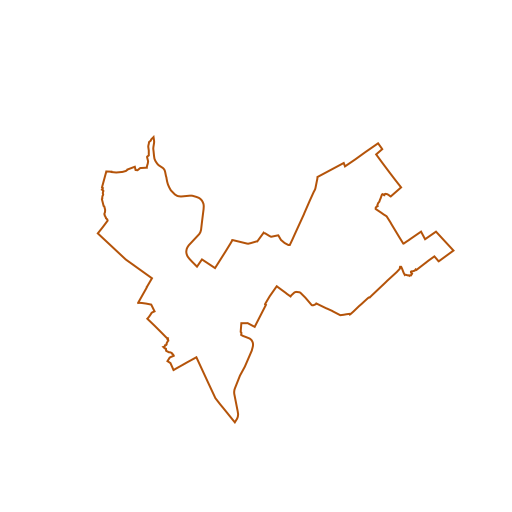 the district of Cogealac, Constanta, Romania, rotated 118°
{"feature_id": "2599482B50203536689618", "entity_name": "Cogealac", "entity_type": "district", "adm_level": 2, "iso_a3": "ROU", "parent_name": "Romania", "parent_adm1": "Constanta", "projection": "natural_earth1", "projection_center": [28.518, 44.563], "detail": "fine", "context": "isolated", "style": "outline", "palette": "amber", "viewbox_px": 512, "rotation_deg": 118, "n_neighbors": 0, "source": "geoboundaries", "source_scale": "gbopen_adm2", "svg_char_len": 6051}
<svg xmlns="http://www.w3.org/2000/svg" viewBox="0 0 512 512"><g transform="rotate(118 256 256)"><path d="M406.9,210.5L411.0,200.9L412.8,196.6L409.6,196.4L408.8,196.3L408.1,196.4L407.5,196.4L406.1,196.7L405.4,197.0L404.3,197.4L403.4,198.0L401.8,199.2L387.9,210.5L387.1,211.0L386.2,211.5L385.4,211.8L384.4,212.2L382.6,212.5L369.2,214.0L368.0,214.0L359.0,213.9L343.0,215.2L341.6,215.3L340.4,215.6L338.6,216.0L337.1,216.4L336.1,216.8L335.5,217.1L334.7,217.6L334.1,218.1L333.7,218.5L333.1,219.3L332.5,220.2L332.3,220.7L332.1,221.5L331.9,222.3L331.9,223.3L332.3,227.0L332.7,230.0L332.7,230.8L332.6,232.1L332.2,232.2L330.6,232.9L330.5,233.0L330.2,233.9L322.2,237.4L319.2,231.8L319.2,223.9L294.5,224.3L294.4,225.3L294.0,225.4L289.4,225.2L285.1,225.0L273.0,223.5L274.6,212.5L274.7,212.0L274.9,211.1L275.5,206.5L274.3,206.4L274.0,206.3L270.3,205.0L269.7,204.6L269.3,204.2L268.8,203.6L267.7,200.8L267.6,200.4L267.6,199.7L267.7,199.2L269.6,192.9L273.0,184.3L273.2,183.6L273.1,183.2L272.5,182.2L271.3,181.2L270.5,180.6L269.6,180.5L269.2,169.1L269.1,168.8L268.7,162.8L268.8,162.7L268.7,153.8L266.8,151.1L264.9,148.7L263.2,146.3L263.0,145.9L263.5,145.6L263.3,145.4L259.3,143.9L251.9,141.5L248.6,140.2L245.7,139.2L241.2,137.6L240.2,137.2L239.4,136.7L239.2,136.4L239.2,136.1L238.5,135.9L236.3,135.2L219.1,129.4L215.9,128.4L206.4,125.0L204.1,124.2L200.4,123.2L199.9,123.1L199.2,123.1L198.7,123.5L197.9,123.7L197.5,123.0L197.4,122.8L197.5,122.6L198.7,121.0L201.5,117.8L202.9,115.7L202.5,115.5L202.2,114.8L202.2,114.5L202.1,114.2L202.0,113.7L201.9,113.1L201.8,112.7L201.4,112.2L201.3,111.8L201.5,111.3L200.8,111.0L200.7,110.8L200.5,110.1L200.1,110.0L199.9,110.1L199.4,110.0L198.9,110.0L198.7,109.9L198.3,109.9L197.9,111.3L197.4,111.7L197.1,111.8L196.6,111.6L195.9,110.4L195.2,109.8L194.5,109.0L192.8,108.7L193.0,107.8L189.2,106.1L178.8,101.4L172.6,98.3L173.7,95.4L174.7,92.9L175.0,92.3L175.0,92.2L158.5,84.2L150.0,108.5L161.8,114.6L157.0,121.7L168.9,127.9L169.4,128.1L169.6,128.3L170.0,128.4L172.7,129.9L173.7,130.4L175.6,131.4L175.8,131.5L175.9,131.8L172.3,138.0L164.1,151.7L163.6,152.4L162.6,154.1L159.8,159.0L159.6,159.5L159.5,160.9L159.4,162.7L159.0,165.6L158.3,172.4L157.4,172.9L156.8,173.0L156.3,172.8L155.0,172.1L154.8,172.0L154.5,172.5L154.3,172.7L153.3,172.8L152.0,173.0L150.2,172.6L147.8,173.0L146.9,173.0L143.1,173.6L142.7,173.6L142.0,173.4L141.9,173.2L141.9,172.7L142.2,171.5L142.1,171.2L141.2,171.4L140.8,171.3L140.3,170.8L139.9,169.4L139.8,168.8L139.9,167.3L140.2,165.5L140.2,165.0L127.3,160.1L123.5,168.7L119.7,177.0L114.2,188.7L109.9,197.6L102.4,194.7L101.6,196.2L99.2,201.1L112.7,208.1L124.1,213.7L135.1,219.5L132.7,222.2L157.1,238.6L157.3,238.8L159.6,237.9L160.1,237.8L168.1,235.4L169.5,235.1L171.6,235.1L172.5,235.1L181.9,234.5L195.9,233.4L196.4,233.3L218.4,232.0L224.3,231.6L228.7,231.4L229.9,231.4L230.3,231.3L230.6,231.7L230.8,232.0L231.0,232.4L231.1,232.8L231.1,236.6L231.0,237.3L230.1,241.5L227.3,246.0L227.8,246.7L231.8,251.5L232.0,252.1L232.0,252.5L232.0,253.7L231.7,258.6L231.8,258.9L232.0,259.3L232.0,259.5L232.0,260.0L231.9,260.2L232.6,260.3L242.4,261.7L242.4,261.9L247.2,266.8L248.5,268.3L248.8,268.6L249.2,269.6L252.9,284.1L253.2,284.5L253.8,284.3L256.6,284.4L266.2,285.0L285.9,286.5L284.4,302.1L293.1,303.1L291.2,309.3L289.9,313.1L289.3,314.5L288.7,315.8L288.0,316.9L287.0,318.0L286.0,318.9L284.9,319.6L283.6,320.1L282.2,320.5L280.9,320.6L280.2,320.6L278.1,320.4L263.3,316.4L261.2,316.3L260.1,316.5L258.7,316.8L249.7,320.3L239.2,324.3L236.8,325.4L235.8,326.0L234.7,326.8L234.0,327.6L233.2,328.6L232.5,329.7L232.2,330.4L231.7,332.0L231.5,333.8L231.6,334.6L231.8,336.3L232.5,339.7L232.7,340.5L233.0,341.3L233.9,342.9L238.4,349.7L238.9,350.6L239.2,351.5L239.6,352.5L239.8,353.3L239.9,354.2L239.8,355.4L239.8,355.9L239.7,356.6L239.4,357.6L238.0,362.0L237.3,363.1L236.1,364.9L234.2,367.3L233.4,368.1L231.9,369.5L229.9,371.1L228.7,372.0L227.7,373.0L224.3,375.8L223.3,376.8L223.0,377.2L222.6,378.0L222.4,378.3L222.2,378.9L222.0,379.7L221.6,384.1L221.4,385.1L221.2,385.7L220.8,386.7L219.8,388.6L219.2,389.6L218.8,390.1L217.8,391.3L217.3,391.7L215.4,393.1L211.8,395.5L209.5,397.1L209.2,397.2L208.1,397.7L204.0,399.1L202.9,399.6L202.1,400.1L199.1,402.3L202.1,403.2L202.9,403.2L203.4,403.1L203.6,403.1L205.5,403.9L206.0,403.8L207.3,403.3L208.7,403.0L210.0,402.5L210.6,402.1L213.2,400.2L216.0,398.7L217.5,397.9L217.9,398.0L218.9,398.6L219.4,398.7L219.7,398.7L222.4,396.3L223.1,395.7L225.4,394.9L226.7,394.7L229.0,394.1L229.3,393.9L229.4,394.1L232.7,399.5L235.9,400.9L236.6,402.7L234.1,404.9L239.9,410.0L240.0,409.9L242.0,410.8L244.4,413.3L247.9,418.6L249.7,423.0L249.4,423.2L249.9,424.2L250.1,424.6L251.6,427.8L251.9,427.7L251.9,427.8L267.7,424.2L267.9,423.1L269.7,423.2L269.7,422.8L269.7,422.6L269.9,422.3L269.8,422.0L270.1,421.8L270.1,421.6L270.2,421.3L270.7,421.2L271.3,421.1L272.4,420.8L273.3,419.9L273.9,419.7L275.1,419.7L276.6,419.2L277.2,418.8L277.5,418.7L278.1,418.8L283.4,414.0L283.5,413.2L285.8,411.1L286.8,410.5L288.3,409.9L289.9,409.7L290.3,409.5L290.5,409.1L291.4,408.5L291.8,407.6L292.3,407.1L292.6,406.5L293.1,406.2L293.5,404.5L294.3,403.8L294.5,403.6L302.8,404.9L310.3,406.3L320.2,369.5L320.3,368.9L324.5,337.4L334.2,337.8L334.6,337.9L334.8,337.7L336.8,337.7L352.7,338.1L352.8,338.0L352.5,337.6L351.8,336.4L351.0,334.5L349.6,330.7L348.1,325.7L352.5,319.6L354.2,320.9L355.0,321.4L355.4,321.5L357.1,321.6L359.7,321.9L361.3,322.2L362.4,322.5L362.6,321.9L363.4,319.0L365.2,312.7L368.1,303.2L369.9,297.5L370.1,296.8L370.2,296.1L370.0,295.2L370.6,295.1L370.8,295.4L371.0,295.2L370.7,294.7L371.9,293.7L372.3,293.9L374.0,293.9L375.2,293.9L375.7,293.6L376.1,293.4L376.9,293.6L377.2,293.8L377.4,294.3L377.5,294.4L378.3,294.2L379.0,294.3L379.8,295.1L380.4,293.2L380.1,292.5L380.2,291.9L381.7,291.0L381.8,290.7L382.0,290.5L381.8,289.3L382.0,288.1L381.3,286.4L381.2,284.8L381.6,284.4L381.8,283.8L381.8,283.2L382.1,282.6L382.7,281.8L383.9,282.7L384.5,283.3L386.2,284.5L390.4,284.8L390.7,281.3L393.5,277.7L395.4,275.3L382.4,267.0L373.4,261.1L390.6,238.4L400.6,225.1L403.7,218.2L406.9,210.5Z" fill="none" stroke="#b45309" stroke-width="2"/></g></svg>